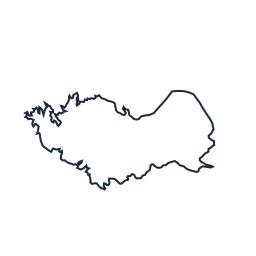 outline of Maquiné, Rio Grande do Sul, Brazil, rotated 307°
{"feature_id": "56859067B70278380109864", "entity_name": "Maquiné", "entity_type": "district", "adm_level": 2, "iso_a3": "BRA", "parent_name": "Brazil", "parent_adm1": "Rio Grande do Sul", "projection": "natural_earth1", "projection_center": [-50.244, -29.624], "detail": "fine", "context": "isolated", "style": "outline", "palette": "slate", "viewbox_px": 256, "rotation_deg": 307, "n_neighbors": 0, "source": "geoboundaries", "source_scale": "gbopen_adm2", "svg_char_len": 3476}
<svg xmlns="http://www.w3.org/2000/svg" viewBox="0 0 256 256"><g transform="rotate(307 128 128)"><path d="M183.8,141.1L175.1,141.2L157.9,139.8L155.7,139.8L150.6,136.8L149.5,135.2L148.1,134.0L146.2,132.3L144.6,131.4L141.7,131.3L140.4,130.3L139.3,128.6L138.7,127.0L139.1,125.1L139.1,121.7L139.8,120.4L141.5,118.8L142.6,117.1L141.6,115.1L141.7,113.2L142.2,111.8L140.2,112.5L138.9,117.0L136.4,117.4L135.2,115.3L135.1,112.4L134.4,110.8L134.5,109.2L135.1,107.8L137.9,104.4L139.4,103.4L139.7,101.8L139.6,100.1L138.3,97.1L137.7,95.7L137.0,91.9L135.9,88.9L136.7,85.2L134.6,84.3L134.0,82.5L132.5,83.9L130.6,83.2L130.3,81.7L129.6,80.6L128.2,80.3L127.3,77.9L125.6,78.6L124.9,76.5L122.3,77.1L120.0,73.4L118.3,74.6L115.3,73.7L116.0,72.5L118.8,71.6L119.2,70.3L121.0,69.2L120.9,70.9L123.9,68.5L125.3,66.1L123.3,65.2L121.1,64.6L118.9,65.9L117.6,64.9L118.6,61.8L117.1,62.2L115.1,63.8L112.4,64.6L110.0,64.5L108.6,65.1L106.0,65.0L106.1,62.9L105.4,61.3L103.2,65.5L103.9,68.2L102.7,67.3L99.2,65.8L99.0,63.9L97.6,63.6L96.2,64.1L95.0,61.4L93.9,63.4L93.5,65.1L92.5,67.6L92.6,70.0L91.9,71.1L87.8,71.3L87.9,69.9L89.0,68.1L89.7,66.1L89.6,64.5L87.5,65.1L87.3,62.9L88.5,61.4L89.6,61.4L90.6,60.5L91.0,58.5L93.6,57.6L94.1,56.4L95.4,58.8L97.1,57.4L97.5,54.9L98.6,52.5L97.9,51.3L98.3,49.3L98.1,46.7L96.8,48.9L96.2,50.6L93.9,50.3L90.8,51.3L87.6,52.7L89.4,50.1L90.8,48.6L91.3,46.3L91.3,44.7L89.6,46.3L86.3,48.5L86.2,47.1L88.0,45.1L89.1,44.4L89.2,42.6L87.1,42.6L86.3,41.0L85.8,42.4L84.4,43.0L83.3,42.5L82.2,41.2L80.8,42.0L80.1,43.7L78.4,41.6L80.2,37.9L78.1,37.0L78.4,38.8L77.2,39.7L74.9,39.4L75.5,41.7L75.0,43.1L76.6,44.3L77.7,47.7L75.5,48.5L74.3,48.5L73.3,49.5L72.3,51.5L73.5,51.6L75.3,51.3L75.9,52.5L75.4,55.7L73.1,56.9L71.8,57.8L68.6,58.6L70.5,60.3L69.8,61.6L67.9,63.3L65.5,65.8L62.8,70.1L62.3,72.1L62.5,74.7L62.4,79.6L62.8,81.0L64.8,80.5L66.7,80.6L67.2,82.9L68.0,84.1L70.1,86.0L68.9,86.4L67.8,87.2L68.1,88.6L69.9,89.0L68.9,90.0L67.4,90.6L65.4,91.2L62.9,93.0L62.9,95.5L64.1,96.9L64.1,100.1L64.5,102.3L65.5,104.4L65.8,106.3L67.4,107.9L67.8,109.6L70.6,109.2L72.1,109.7L74.0,111.0L72.0,111.7L69.0,110.8L65.6,111.5L66.0,113.3L66.5,115.3L69.6,117.0L73.0,117.3L71.5,119.2L72.3,121.2L69.3,120.3L67.6,120.6L68.2,122.2L66.7,124.4L67.8,125.3L66.4,126.2L65.4,127.9L64.4,128.5L63.7,129.7L61.7,130.9L61.8,133.2L63.6,134.4L65.0,136.4L64.4,138.1L63.9,140.7L63.7,142.7L64.4,144.1L64.8,146.3L66.2,146.0L66.8,143.8L69.3,142.1L70.0,143.6L69.7,145.3L70.4,146.5L71.9,146.7L73.3,146.1L74.9,143.9L76.3,143.4L77.3,144.9L79.0,147.2L79.3,149.7L79.0,152.6L78.5,154.6L79.4,156.2L84.5,157.4L86.5,159.1L87.8,158.7L88.1,157.1L89.7,156.9L90.8,158.7L93.8,159.0L94.2,161.4L93.3,162.8L92.8,164.9L95.6,168.5L98.9,168.4L100.7,169.8L103.9,169.6L107.6,170.7L111.7,168.6L113.3,168.9L114.1,170.1L113.7,172.6L114.0,175.4L115.3,177.3L116.8,178.3L119.3,178.6L121.3,180.6L124.5,181.3L129.7,185.1L130.0,188.8L129.3,191.8L130.1,193.3L131.0,196.1L130.7,198.0L130.9,200.5L131.2,201.9L132.5,205.3L133.1,206.6L134.2,209.3L135.7,210.2L137.0,209.8L138.5,209.3L142.4,210.7L146.3,218.0L148.1,219.0L147.8,217.1L145.8,212.6L145.4,209.0L145.1,206.1L145.6,204.5L147.3,203.6L149.0,204.4L153.8,204.8L157.5,206.5L158.7,205.6L159.8,204.9L161.8,205.9L164.6,206.4L166.2,207.1L169.5,204.2L168.7,202.5L168.9,198.3L170.4,197.0L172.9,197.7L178.3,197.2L181.2,194.0L182.6,192.4L183.9,189.6L184.9,186.8L189.2,174.9L191.3,170.3L192.3,166.8L194.3,160.2L194.0,158.7L193.4,156.0L191.3,150.9L187.8,145.7L185.6,143.3L183.8,141.1Z" fill="none" stroke="#1e293b" stroke-width="2"/></g></svg>